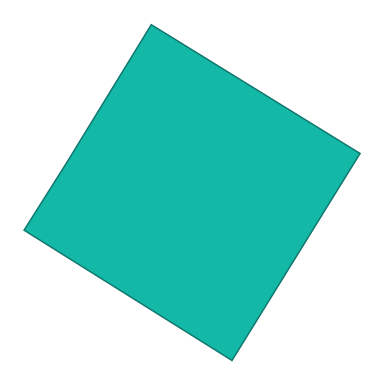 Oscoda, Michigan, United States of America, rotated 302°
{"feature_id": "52423323B95386849250794", "entity_name": "Oscoda", "entity_type": "district", "adm_level": 2, "iso_a3": "USA", "parent_name": "United States of America", "parent_adm1": "Michigan", "projection": "orthographic", "projection_center": [-84.072, 44.682], "detail": "fine", "context": "isolated", "style": "filled", "palette": "teal", "viewbox_px": 384, "rotation_deg": 302, "n_neighbors": 0, "source": "geoboundaries", "source_scale": "gbopen_adm2", "svg_char_len": 249}
<svg xmlns="http://www.w3.org/2000/svg" viewBox="0 0 384 384"><g transform="rotate(302 192 192)"><path d="M313.7,314.1L312.3,69.0L312.3,68.8L150.0,70.2L70.6,69.8L70.3,315.2L313.7,314.1Z" fill="#14b8a6" stroke="#0f766e" stroke-width="1.5"/></g></svg>